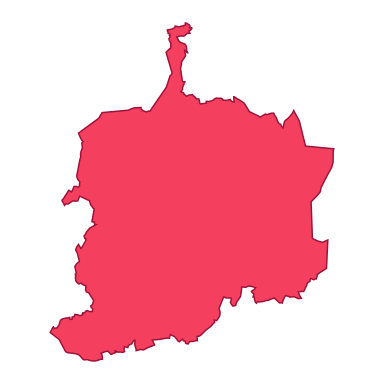 Anaocha, Anambra, Nigeria
{"feature_id": "59680162B92640548002056", "entity_name": "Anaocha", "entity_type": "district", "adm_level": 2, "iso_a3": "NGA", "parent_name": "Nigeria", "parent_adm1": "Anambra", "projection": "mercator", "projection_center": [7.011, 6.099], "detail": "fine", "context": "isolated", "style": "filled", "palette": "rose", "viewbox_px": 384, "rotation_deg": 0, "n_neighbors": 0, "source": "geoboundaries", "source_scale": "gbopen_adm2", "svg_char_len": 5863}
<svg xmlns="http://www.w3.org/2000/svg" viewBox="0 0 384 384"><path d="M84.3,359.9L86.9,359.6L87.8,359.7L89.3,360.3L91.0,360.7L94.7,361.0L97.5,360.5L100.2,359.4L102.4,359.2L102.4,356.9L101.6,353.8L101.1,353.4L102.2,352.7L103.6,352.3L104.6,351.8L106.8,351.4L107.4,350.9L109.3,352.5L110.9,354.4L112.2,354.0L112.8,353.6L115.8,352.5L115.1,350.9L116.4,351.3L118.0,352.2L120.5,352.0L122.4,352.4L123.8,352.1L124.6,351.4L124.1,350.2L124.0,349.1L124.5,346.6L127.8,347.6L128.4,345.4L131.6,343.9L133.7,340.6L134.4,340.2L135.0,340.3L134.8,345.0L136.1,349.0L136.1,350.6L140.6,349.5L143.6,349.9L148.2,347.5L154.6,345.0L152.3,340.0L154.9,339.6L155.4,339.8L160.3,339.3L163.7,338.6L167.7,338.0L169.5,338.2L169.7,336.6L170.4,334.6L173.5,336.1L174.6,336.8L176.5,338.6L177.6,340.6L179.2,341.8L180.4,340.8L182.3,339.1L183.1,340.4L183.8,341.0L184.6,341.0L185.2,341.2L185.6,343.2L187.3,343.9L188.3,343.9L189.5,341.6L193.3,341.4L195.4,340.7L197.3,340.7L197.0,336.3L199.1,336.2L201.0,335.0L205.8,330.2L210.5,326.6L214.7,322.2L214.2,320.1L216.6,320.6L218.3,318.4L219.7,315.8L220.1,313.4L219.9,311.6L219.1,308.5L220.2,305.5L222.7,299.2L223.9,296.8L226.1,298.0L231.0,298.0L231.2,299.1L231.1,300.6L230.4,302.2L231.4,304.3L233.0,306.1L235.7,305.5L236.3,302.7L239.6,298.0L240.6,296.1L241.4,290.7L241.6,288.3L241.9,286.9L245.7,287.3L248.5,286.1L249.7,286.1L253.1,286.8L255.6,287.8L254.4,289.1L254.3,289.8L252.7,290.3L251.4,291.4L251.4,291.7L252.5,292.8L253.5,293.5L253.9,294.1L253.1,297.0L254.0,296.9L255.1,301.5L255.5,302.4L256.5,303.2L257.2,301.9L258.6,301.8L260.3,301.9L263.7,301.4L265.8,300.6L268.8,300.2L269.8,299.5L273.0,298.5L273.8,298.5L274.3,298.0L279.5,302.9L281.4,302.7L282.3,303.1L283.0,300.6L284.5,297.2L285.5,295.6L288.5,296.4L289.6,297.1L291.6,296.9L294.3,296.8L298.2,298.6L301.3,298.3L299.3,295.0L298.3,291.9L301.9,291.4L303.3,291.6L304.4,290.6L305.0,288.4L305.9,287.0L306.2,285.9L306.7,285.4L306.8,285.0L306.7,284.6L307.3,283.2L308.3,282.2L309.2,281.8L309.8,281.5L310.5,278.6L311.0,278.6L313.3,279.6L313.9,279.7L314.9,279.1L315.5,278.9L316.1,279.0L316.7,277.8L316.9,276.6L317.3,275.5L317.2,274.7L319.5,272.8L326.5,268.4L327.8,240.0L322.5,242.3L317.7,241.0L312.4,238.5L311.1,201.8L316.7,196.1L320.2,191.9L321.3,187.0L327.2,175.5L331.6,167.5L333.1,162.2L333.2,150.8L333.8,148.8L305.5,146.1L299.4,121.2L293.7,110.5L292.2,113.6L288.8,117.6L287.2,119.1L286.5,119.5L285.5,120.3L284.7,121.3L284.2,122.5L283.0,128.0L281.6,126.7L280.6,124.2L279.3,123.8L278.2,122.5L277.3,120.5L276.3,117.7L274.1,114.5L274.0,113.4L273.5,113.1L271.1,113.3L266.6,114.7L265.6,114.1L264.9,114.3L262.1,116.0L259.8,117.2L258.7,116.1L250.3,112.1L249.9,112.0L249.1,111.1L244.3,103.3L242.5,101.9L234.9,97.3L234.2,96.7L233.7,96.8L234.1,102.1L231.6,101.4L230.2,99.5L228.3,100.0L225.0,100.4L222.6,99.7L222.5,99.1L222.2,98.8L221.2,98.3L220.5,98.2L219.5,98.3L217.9,98.3L216.5,98.0L215.0,98.6L214.2,99.1L213.3,100.1L211.2,101.0L208.6,101.5L206.3,101.3L206.2,103.2L200.4,103.9L200.2,103.8L199.7,102.9L199.1,99.6L198.8,98.9L196.6,98.9L194.6,96.7L193.6,96.1L193.1,95.6L192.5,94.6L192.2,94.7L189.9,94.9L188.5,95.2L186.6,96.3L183.9,94.0L183.8,93.2L183.1,92.6L181.6,92.1L180.9,91.6L182.6,89.3L182.5,87.6L183.9,84.4L183.9,83.7L184.4,82.9L184.9,81.8L182.8,81.6L182.3,80.9L180.6,68.8L180.9,66.4L181.5,64.4L181.3,64.1L181.6,62.5L181.4,62.1L185.2,56.4L185.6,55.5L185.4,54.2L184.9,52.9L184.6,50.4L185.5,51.0L186.9,52.4L187.4,52.7L187.6,52.7L186.7,50.6L186.5,47.0L186.0,45.6L185.1,44.2L180.9,42.5L179.1,41.4L176.8,37.0L179.6,36.0L183.8,36.1L184.5,35.9L185.2,35.3L186.2,34.2L186.9,33.6L190.0,33.2L189.3,32.2L189.0,30.8L189.8,30.8L190.1,30.6L191.5,29.1L191.9,28.3L191.7,27.8L190.0,28.0L189.4,27.7L190.0,26.5L189.8,25.5L189.1,24.8L188.4,24.5L186.8,23.3L185.3,23.0L185.3,25.3L183.2,25.6L183.0,26.2L181.5,26.1L179.3,26.9L178.1,26.9L177.4,26.4L176.6,26.4L175.2,26.0L174.9,27.2L174.3,27.8L173.0,28.6L171.7,29.1L167.4,29.9L167.3,30.9L168.0,31.6L168.0,33.2L169.7,33.8L169.8,34.4L169.6,34.8L169.3,35.1L169.4,35.4L170.3,35.8L169.7,37.6L168.9,38.7L169.1,39.9L170.4,42.5L171.1,43.2L170.7,43.8L171.1,44.6L170.6,45.8L170.7,46.3L170.9,47.0L170.6,47.8L170.5,48.5L169.5,48.8L166.1,52.4L172.1,73.0L171.5,74.4L170.0,75.9L166.4,87.2L149.8,111.3L148.5,111.1L146.4,111.9L145.0,111.5L142.7,110.5L141.0,108.8L141.0,107.5L134.6,107.8L131.3,108.8L128.4,110.2L102.1,112.6L98.7,118.3L78.5,133.1L80.2,137.3L81.9,140.5L83.1,141.5L81.8,143.0L82.4,147.9L81.0,151.6L80.5,154.5L80.8,156.4L79.7,160.5L76.7,176.2L77.6,179.0L78.4,180.3L79.2,180.9L79.6,181.4L79.9,182.4L79.5,183.8L79.4,185.4L79.7,186.1L79.0,186.6L78.2,187.0L77.7,187.1L77.1,186.9L76.4,186.5L75.5,186.4L74.3,186.4L73.9,186.7L72.7,189.8L71.5,191.9L68.8,190.3L63.1,199.2L62.2,199.9L62.2,200.5L62.0,200.9L63.4,202.8L64.5,205.4L66.3,203.7L68.0,204.0L72.6,201.0L77.0,201.1L77.8,200.8L79.7,196.1L89.5,200.8L90.7,204.8L93.2,208.2L94.2,209.0L91.9,221.7L94.3,222.0L94.3,223.2L94.5,223.3L94.7,224.4L95.9,224.6L90.5,227.7L89.5,228.4L86.4,232.1L85.1,234.8L84.0,236.0L84.6,237.9L85.1,238.7L85.8,238.7L85.7,240.9L84.1,243.5L82.5,246.5L80.9,248.5L78.5,244.4L76.7,247.1L75.6,249.9L77.2,252.7L79.4,261.4L76.7,263.7L74.8,266.5L76.3,273.0L75.4,274.2L75.3,274.9L76.1,275.9L75.5,276.7L75.4,278.0L75.8,280.7L76.8,282.3L78.9,284.0L81.0,283.0L82.2,284.2L83.5,285.0L86.0,285.9L85.5,290.1L86.0,290.6L86.3,291.8L88.7,292.8L93.6,300.4L92.4,304.5L91.6,305.3L90.7,305.9L91.4,307.8L91.9,308.0L92.7,308.8L92.7,309.2L92.2,311.6L88.9,311.4L87.3,310.5L85.9,311.0L85.9,311.5L83.9,313.0L82.9,312.8L82.5,313.3L82.9,314.1L82.9,314.4L80.6,315.6L78.8,315.3L77.8,314.8L74.9,314.4L74.1,316.7L72.1,317.0L72.1,319.3L70.1,319.4L69.7,318.8L69.8,317.4L68.2,317.7L67.2,318.2L66.3,317.9L62.6,318.9L61.0,319.8L60.4,320.5L58.9,325.1L57.0,327.9L54.1,328.3L53.4,326.9L52.9,327.3L50.2,332.5L56.6,337.5L59.0,339.2L65.4,351.3L67.1,352.6L75.8,353.7L79.1,354.9L80.6,356.5L82.8,359.1L83.6,359.6L84.3,359.9Z" fill="#f43f5e" stroke="#9f1239" stroke-width="1.5"/></svg>